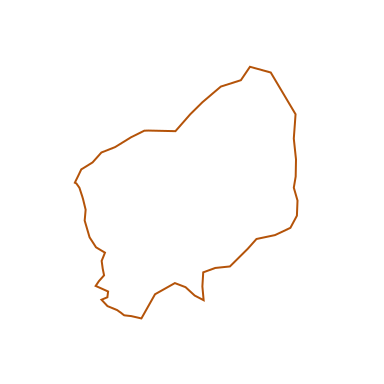 the district of Dodjé, Logone Occidental, Chad, rotated 43°
{"feature_id": "50815135B21432441174008", "entity_name": "Dodjé", "entity_type": "district", "adm_level": 2, "iso_a3": "TCD", "parent_name": "Chad", "parent_adm1": "Logone Occidental", "projection": "albers", "projection_center": [15.491, 8.666], "detail": "fine", "context": "isolated", "style": "outline", "palette": "amber", "viewbox_px": 384, "rotation_deg": 43, "n_neighbors": 0, "source": "geoboundaries", "source_scale": "gbopen_adm2", "svg_char_len": 1134}
<svg xmlns="http://www.w3.org/2000/svg" viewBox="0 0 384 384"><g transform="rotate(43 192 192)"><path d="M288.4,151.1L284.9,137.8L275.0,126.3L263.5,119.4L257.3,110.0L245.9,97.3L230.0,83.5L221.0,72.3L214.7,64.5L168.1,50.9L149.0,60.9L151.5,76.9L141.2,95.2L140.0,105.2L138.4,119.2L137.7,136.3L138.4,158.8L118.1,176.9L115.3,179.7L110.1,193.5L105.1,211.7L98.8,224.9L99.1,238.2L95.6,251.0L96.3,253.2L97.6,257.3L99.0,261.9L99.0,262.0L100.0,265.1L101.6,264.6L106.8,265.7L112.4,268.8L114.6,270.0L116.3,271.0L117.0,271.4L126.3,277.5L133.0,286.1L148.0,295.0L159.5,297.9L166.1,296.5L169.7,295.7L171.0,299.0L172.9,304.0L178.9,308.9L184.5,312.9L184.6,316.3L184.7,320.6L184.9,321.9L185.2,323.8L185.6,326.4L191.1,324.5L197.0,322.5L198.5,322.0L201.9,326.7L199.3,332.5L208.0,333.1L217.6,329.5L217.8,329.4L220.4,329.1L222.1,328.8L224.9,328.6L226.0,328.5L226.5,328.4L227.5,327.7L228.3,327.1L232.2,324.2L237.7,321.0L241.2,319.0L241.2,318.9L234.7,292.0L241.6,270.3L252.2,266.0L264.6,265.9L274.3,263.2L264.0,254.0L255.0,243.1L260.8,231.7L270.5,220.6L271.5,195.5L271.2,182.4L282.1,166.9L288.4,151.1Z" fill="none" stroke="#b45309" stroke-width="2"/></g></svg>